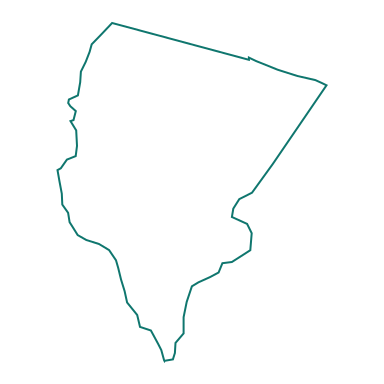 Gerasa, Limassol, Cyprus (Albers equal-area conic projection)
{"feature_id": "46923920B27706584342072", "entity_name": "Gerasa", "entity_type": "district", "adm_level": 2, "iso_a3": "CYP", "parent_name": "Cyprus", "parent_adm1": "Limassol", "projection": "albers", "projection_center": [32.993, 34.805], "detail": "fine", "context": "isolated", "style": "outline", "palette": "teal", "viewbox_px": 384, "rotation_deg": 0, "n_neighbors": 0, "source": "geoboundaries", "source_scale": "gbopen_adm2", "svg_char_len": 946}
<svg xmlns="http://www.w3.org/2000/svg" viewBox="0 0 384 384"><path d="M112.1,23.0L101.6,34.1L91.7,44.3L89.6,51.9L85.7,61.9L80.9,71.6L80.2,82.2L77.9,95.4L68.9,99.5L68.2,103.0L70.3,106.2L75.8,111.1L73.5,120.1L70.5,121.1L76.2,130.4L77.0,145.9L75.7,156.1L66.9,159.6L60.8,168.3L57.5,170.1L59.5,181.5L61.8,193.7L62.3,204.6L68.1,212.8L69.6,222.2L71.9,225.8L77.7,235.1L86.3,240.0L99.0,244.0L109.1,250.1L116.0,260.3L118.2,267.9L121.0,279.4L124.6,291.1L127.1,302.5L137.2,315.0L140.0,326.9L150.9,330.5L158.2,344.0L161.3,350.1L164.1,360.3L164.5,361.0L164.6,360.8L172.9,359.4L174.9,353.0L175.5,342.9L183.6,333.4L183.6,317.2L186.7,301.9L191.9,286.3L198.5,282.3L210.0,277.1L218.6,272.5L222.4,263.2L231.9,262.0L250.3,250.2L251.7,233.2L247.1,223.9L231.9,217.0L233.3,208.6L239.3,199.1L252.0,192.7L272.7,164.1L326.5,85.3L322.0,83.1L315.4,80.1L297.4,76.0L277.6,69.7L256.2,61.1L248.9,57.6L248.9,59.8L112.1,23.0Z" fill="none" stroke="#0f766e" stroke-width="2"/></svg>